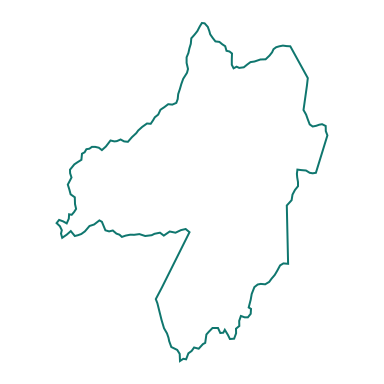 outline of Guapó, Goiás, Brazil
{"feature_id": "56859067B33322565088724", "entity_name": "Guapó", "entity_type": "district", "adm_level": 2, "iso_a3": "BRA", "parent_name": "Brazil", "parent_adm1": "Goiás", "projection": "equal_earth", "projection_center": [-49.596, -16.918], "detail": "fine", "context": "isolated", "style": "outline", "palette": "teal", "viewbox_px": 384, "rotation_deg": 0, "n_neighbors": 0, "source": "geoboundaries", "source_scale": "gbopen_adm2", "svg_char_len": 2591}
<svg xmlns="http://www.w3.org/2000/svg" viewBox="0 0 384 384"><path d="M265.6,59.3L260.4,59.5L254.5,61.5L250.5,62.1L247.4,64.4L243.8,67.3L239.2,67.9L236.6,66.7L233.6,68.3L231.8,64.8L231.8,59.2L232.0,53.5L229.5,51.5L226.5,50.8L225.2,46.2L222.3,44.3L219.4,41.9L215.4,41.4L212.6,37.8L210.2,34.3L209.3,31.0L207.8,26.9L204.6,23.3L201.9,23.0L199.8,26.4L197.3,31.2L194.5,34.7L191.3,38.3L190.8,43.8L189.4,48.4L188.4,53.0L186.6,57.3L186.6,62.9L188.0,69.0L187.0,72.8L183.2,78.8L181.3,84.1L179.9,89.0L178.2,94.1L177.7,99.1L176.3,102.9L172.3,104.6L168.2,104.2L164.4,107.1L160.5,109.7L158.2,114.6L154.8,117.3L153.0,120.4L150.7,123.8L147.0,123.5L142.2,126.9L138.2,130.5L136.3,133.1L131.9,137.2L127.9,141.8L124.1,141.4L120.6,139.5L116.9,141.1L114.4,141.4L110.5,140.5L105.9,146.5L101.9,150.1L98.8,147.7L95.3,146.9L91.9,146.9L89.4,148.7L86.4,149.2L84.6,152.3L82.0,153.7L81.4,159.8L77.4,162.3L74.3,164.4L70.0,169.7L70.1,173.2L71.5,177.5L69.8,180.8L67.8,184.6L69.4,189.7L70.6,194.3L74.8,197.3L75.0,204.0L76.1,208.9L74.1,212.0L71.7,214.8L69.1,214.3L68.8,218.7L66.7,223.4L63.2,221.4L59.1,219.9L56.6,223.1L59.9,226.2L61.8,230.2L61.0,233.6L62.2,237.8L66.7,234.7L70.8,231.1L74.8,236.0L78.0,235.2L81.3,234.0L84.9,231.4L89.5,226.0L94.1,224.5L99.4,220.4L101.9,221.8L105.4,230.3L109.1,231.4L112.8,230.5L116.4,233.6L119.5,234.7L121.9,236.9L125.7,235.6L130.2,234.7L134.2,234.8L139.4,234.1L145.2,236.0L151.7,235.2L154.5,233.8L160.0,232.7L163.8,235.6L169.7,231.5L175.5,232.7L181.0,230.1L185.6,229.0L189.5,232.2L162.0,287.3L155.8,299.1L157.4,303.3L161.5,319.8L164.0,328.2L167.0,333.4L168.5,337.8L169.2,341.2L171.3,347.0L177.2,349.9L179.7,353.9L180.0,361.0L183.3,358.8L186.1,359.3L188.4,353.3L191.6,351.0L194.1,347.5L198.7,348.7L202.9,344.1L205.2,342.9L206.4,334.5L208.8,331.8L212.5,328.0L218.0,328.0L220.3,333.0L223.3,332.7L224.8,329.8L227.9,334.9L229.9,339.0L234.1,338.7L236.1,333.3L236.0,328.7L239.3,326.0L239.2,320.9L240.9,316.0L244.6,317.3L247.9,317.3L250.7,313.8L251.0,308.9L248.7,307.5L250.7,299.7L251.7,294.0L254.4,287.1L257.7,284.5L260.7,283.9L265.2,284.3L269.2,281.9L271.6,278.6L274.7,275.0L277.2,270.8L280.1,265.4L283.4,263.4L288.1,263.8L286.8,205.5L291.6,200.2L292.5,194.6L295.0,189.9L298.0,186.2L298.0,182.1L297.2,177.4L296.9,173.8L297.4,169.6L301.3,170.1L306.0,170.5L309.7,172.8L312.7,173.3L315.9,172.8L327.4,135.4L325.8,131.1L325.7,126.0L322.1,124.2L319.3,124.7L316.2,125.8L312.7,126.5L309.7,124.4L307.8,119.4L306.1,114.6L303.5,110.0L306.9,85.9L307.8,78.1L290.3,46.3L286.7,46.1L282.9,45.6L279.3,46.3L276.2,47.2L273.5,49.2L272.1,52.3L269.5,55.6L265.6,59.3Z" fill="none" stroke="#0f766e" stroke-width="2"/></svg>